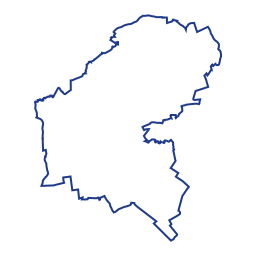 outline of Abram, Bihor, Romania
{"feature_id": "2599482B62874719700272", "entity_name": "Abram", "entity_type": "district", "adm_level": 2, "iso_a3": "ROU", "parent_name": "Romania", "parent_adm1": "Bihor", "projection": "albers", "projection_center": [22.416, 47.314], "detail": "fine", "context": "isolated", "style": "outline", "palette": "blue", "viewbox_px": 256, "rotation_deg": 0, "n_neighbors": 0, "source": "geoboundaries", "source_scale": "gbopen_adm2", "svg_char_len": 5651}
<svg xmlns="http://www.w3.org/2000/svg" viewBox="0 0 256 256"><path d="M177.2,234.5L169.9,225.6L171.4,224.1L169.3,220.3L177.6,215.6L180.0,213.9L180.0,212.3L179.2,211.1L178.4,210.7L182.3,196.2L187.1,189.0L187.8,188.0L188.4,187.7L188.8,186.7L182.6,181.1L175.9,176.7L178.3,173.0L170.7,168.1L175.6,160.8L175.4,160.5L173.8,152.8L173.5,151.4L173.2,150.8L173.2,150.4L173.4,150.1L173.9,149.9L174.2,149.6L174.2,149.4L173.5,148.7L173.3,148.3L173.3,147.7L173.5,147.2L173.5,146.5L173.0,144.6L173.2,144.3L173.0,142.4L171.0,139.9L170.3,140.2L169.7,141.1L168.8,141.7L168.3,141.6L167.4,141.0L165.1,140.4L164.6,140.5L164.4,140.7L164.3,141.2L164.6,142.2L164.5,142.6L164.3,142.8L164.0,143.0L163.6,142.9L163.0,142.4L161.5,142.2L161.0,142.0L160.7,141.6L160.0,143.2L159.5,143.4L159.1,143.3L158.3,142.8L158.5,141.5L157.0,141.1L156.8,141.1L156.0,142.3L155.4,142.4L155.0,141.8L154.9,141.6L154.9,140.2L155.1,139.8L154.8,139.6L152.8,139.4L151.9,139.4L151.4,140.0L150.3,140.7L149.2,140.9L149.0,141.0L148.8,142.3L148.4,142.6L148.0,142.6L146.3,141.7L144.9,141.2L147.0,140.1L145.4,138.5L143.9,135.9L146.2,132.9L148.6,129.7L148.9,129.1L145.8,129.3L144.1,130.1L142.5,127.0L144.6,126.0L149.4,124.1L150.1,123.7L150.2,123.2L151.5,122.4L153.2,122.2L157.8,122.9L159.1,122.8L160.4,122.9L162.3,123.3L163.5,120.1L164.8,120.3L164.9,119.9L167.8,119.5L170.7,118.2L171.5,118.4L170.5,115.8L170.9,115.4L170.9,115.0L175.8,115.0L175.9,115.8L175.8,116.6L175.6,117.1L175.6,117.7L175.8,118.0L176.2,117.3L177.2,116.8L178.4,115.9L178.9,114.7L179.2,113.8L181.8,111.7L182.4,110.8L182.2,110.0L182.2,108.0L181.8,107.4L181.5,106.2L182.3,105.8L184.8,105.3L186.1,104.7L191.3,104.1L195.4,103.7L197.8,103.8L198.9,104.2L199.4,103.4L199.5,102.1L200.2,99.4L194.6,100.0L193.3,99.4L193.3,98.6L195.6,91.0L208.2,86.9L206.7,82.1L206.2,79.9L204.4,75.6L206.5,73.4L207.4,75.4L208.3,74.4L211.0,70.0L211.7,70.2L211.5,68.8L210.8,66.8L211.5,65.3L212.4,64.6L212.9,65.4L212.9,66.0L213.1,66.1L215.5,63.8L216.3,64.9L216.8,65.1L218.4,65.0L218.9,64.5L219.3,63.6L220.2,58.9L221.0,56.5L221.0,54.0L220.5,52.2L220.6,51.8L219.9,50.5L219.5,50.1L218.8,49.8L218.4,49.3L218.3,48.5L218.8,47.5L218.9,45.8L218.8,45.2L218.9,44.4L218.6,43.6L217.0,41.7L215.1,40.4L213.4,38.3L212.3,35.7L211.1,33.9L210.7,33.1L210.2,30.7L209.9,30.1L207.9,26.8L197.1,32.0L194.1,22.9L190.6,23.2L188.5,24.3L187.8,25.5L186.3,27.4L185.9,29.8L185.1,27.9L184.1,27.2L183.1,26.1L180.2,24.5L178.1,22.5L176.8,21.6L177.2,20.8L174.3,20.2L174.0,19.8L173.4,19.6L172.9,19.7L172.7,20.5L172.4,20.6L172.2,21.4L167.0,23.0L167.0,21.7L166.8,20.6L167.0,19.4L166.8,17.5L164.3,17.5L162.3,17.2L162.3,17.6L160.7,17.1L156.8,17.2L153.2,16.3L152.2,16.3L148.7,15.4L148.1,15.4L145.7,15.8L142.5,15.9L142.0,16.5L139.9,17.6L137.1,20.9L136.3,21.5L134.8,22.0L131.3,23.8L130.1,24.1L129.0,24.1L124.8,25.2L123.9,25.6L121.8,26.8L118.0,28.0L117.1,28.5L115.0,30.2L113.6,32.0L115.3,33.6L114.2,34.8L114.0,35.4L114.9,36.8L113.7,36.8L111.9,37.5L111.5,37.2L110.9,37.8L111.4,38.2L111.4,38.4L111.1,39.2L110.5,40.0L114.4,42.5L115.1,43.0L116.0,42.4L116.3,42.6L117.3,43.3L117.3,42.1L117.5,41.9L118.0,42.0L118.1,44.5L117.2,44.5L115.9,44.9L115.3,46.2L114.8,46.5L113.6,46.7L112.8,46.6L112.8,47.1L112.3,47.2L112.5,47.7L111.5,49.3L110.0,50.5L107.5,51.9L105.1,53.1L103.7,53.1L102.0,52.8L102.0,53.4L101.6,53.8L101.7,54.1L100.2,54.7L99.6,55.5L95.1,59.2L94.3,59.4L94.1,59.6L94.1,60.1L91.5,61.6L90.6,61.7L90.7,62.0L90.0,61.6L89.2,61.8L89.4,62.1L89.2,62.4L88.3,63.2L87.6,64.0L87.5,63.9L86.7,64.6L87.0,65.0L86.7,65.6L86.7,66.4L86.8,66.9L86.5,67.5L86.6,68.4L85.7,70.4L85.6,70.7L86.0,71.4L85.8,71.7L85.8,72.1L85.0,72.9L85.0,73.3L85.3,73.5L83.3,73.9L82.9,74.3L82.5,76.0L81.8,76.4L79.7,77.3L75.7,78.8L72.5,80.2L70.7,80.4L70.8,90.0L67.6,92.3L65.2,94.1L64.8,94.1L64.4,94.0L63.3,93.1L62.4,91.6L61.7,91.6L60.5,90.0L59.7,88.6L59.1,88.0L58.8,87.8L58.4,87.9L58.0,88.2L53.1,97.2L52.8,97.3L52.4,97.1L52.3,96.3L51.9,95.6L51.2,95.6L51.0,95.8L50.2,95.6L50.0,95.9L50.1,96.2L49.8,96.7L48.9,96.8L48.5,96.5L48.2,96.5L47.6,96.8L47.1,96.9L46.8,97.3L46.0,97.5L45.2,98.3L44.4,97.8L44.0,97.9L43.9,98.3L43.4,98.5L43.0,98.9L43.0,99.1L43.1,99.7L43.4,100.1L43.4,100.3L43.1,100.5L42.9,100.6L42.7,100.1L42.2,99.8L41.9,99.9L41.7,100.5L41.4,100.6L41.1,100.2L40.9,99.6L40.6,99.4L39.9,99.3L39.7,99.6L39.9,99.8L39.8,100.1L39.2,100.2L38.8,100.0L37.7,100.0L37.7,100.3L38.3,100.8L38.0,101.4L37.3,101.6L37.1,101.9L35.5,101.5L35.3,101.6L35.0,102.0L35.1,102.4L35.6,104.4L35.3,107.9L35.3,108.5L35.6,109.6L36.4,111.4L36.8,113.1L37.0,116.0L37.0,116.6L36.4,117.5L39.6,118.7L40.8,119.3L41.4,119.8L41.8,120.3L42.6,121.6L43.1,123.3L43.1,124.2L42.4,128.0L42.4,128.6L42.9,131.5L42.9,132.4L42.5,138.5L42.9,138.5L42.7,140.4L43.1,150.7L45.7,149.9L45.8,150.4L46.1,152.3L46.4,153.4L46.1,154.9L45.6,155.9L45.6,156.6L45.1,156.5L44.8,158.3L44.7,160.2L45.3,161.2L45.6,162.3L46.3,163.6L46.4,164.3L46.4,165.7L47.3,170.6L47.9,172.0L48.1,173.9L46.7,176.1L45.7,177.0L43.2,180.0L43.0,180.5L42.6,183.1L41.7,185.1L41.5,185.9L54.0,185.4L55.3,184.9L64.1,182.8L63.5,180.6L63.2,177.5L70.5,176.5L72.3,190.3L78.1,189.5L79.1,198.7L82.5,197.5L82.0,199.4L82.7,199.3L84.7,199.5L85.4,199.4L87.6,199.3L88.3,197.9L96.3,198.3L97.9,197.6L98.4,197.6L98.8,198.9L99.4,199.2L99.5,199.8L100.0,199.5L100.4,197.7L104.5,196.0L104.9,197.1L106.5,199.8L107.2,200.7L109.0,202.7L109.5,203.3L110.2,205.0L110.3,206.3L110.9,207.1L112.4,210.5L113.4,211.8L113.7,212.4L114.4,212.1L115.1,212.0L117.0,210.6L118.5,209.3L119.2,209.0L123.8,207.1L127.4,206.1L130.4,205.0L130.7,204.7L130.9,204.0L131.0,203.3L131.2,202.7L134.3,203.1L134.2,203.5L134.5,204.1L137.1,206.6L156.3,221.3L153.8,223.5L171.0,240.6L172.0,239.9L173.4,239.3L173.6,239.1L174.7,237.2L176.6,235.6L177.0,235.0L177.2,234.5Z" fill="none" stroke="#1e3a8a" stroke-width="2"/></svg>